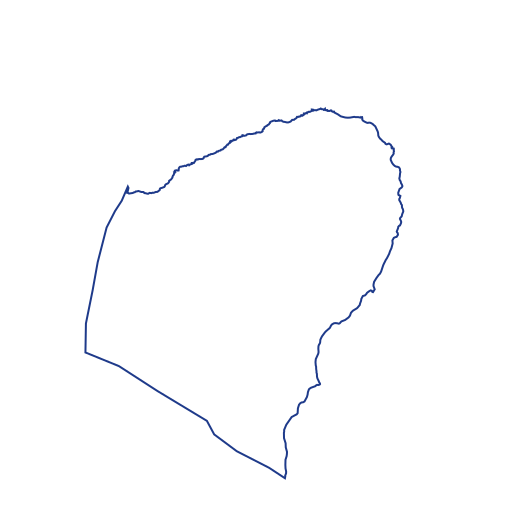 South East Ambrym, Malampa, Vanuatu (orthographic projection), rotated 303°
{"feature_id": "77236927B97442931027551", "entity_name": "South East Ambrym", "entity_type": "district", "adm_level": 2, "iso_a3": "VUT", "parent_name": "Vanuatu", "parent_adm1": "Malampa", "projection": "orthographic", "projection_center": [168.254, -16.302], "detail": "fine", "context": "isolated", "style": "outline", "palette": "blue", "viewbox_px": 512, "rotation_deg": 303, "n_neighbors": 0, "source": "geoboundaries", "source_scale": "gbopen_adm2", "svg_char_len": 6151}
<svg xmlns="http://www.w3.org/2000/svg" viewBox="0 0 512 512"><g transform="rotate(303 256 256)"><path d="M82.2,165.5L89.0,201.1L89.1,247.1L91.0,304.6L83.6,318.1L81.8,346.2L85.5,382.3L85.4,401.3L87.1,400.6L87.7,400.1L90.1,399.6L91.6,398.7L94.0,396.4L96.8,394.4L101.2,391.7L104.8,390.7L106.7,389.8L108.6,388.7L111.7,385.2L115.1,382.8L118.5,378.7L122.9,375.7L124.0,375.3L125.5,374.3L131.0,373.3L140.4,373.6L145.5,376.4L146.9,376.5L151.1,374.1L154.7,373.1L156.6,373.3L157.9,373.9L159.0,375.2L160.4,375.9L165.5,375.5L168.0,374.7L170.1,373.7L173.0,373.0L173.9,373.2L175.5,373.9L179.2,376.7L179.8,376.7L181.2,377.4L181.7,378.5L182.8,379.4L183.4,379.5L183.9,379.1L184.6,377.6L185.4,376.5L186.7,374.3L188.0,372.9L190.4,371.2L191.1,370.3L192.3,369.5L194.0,368.0L195.9,366.7L196.9,365.6L199.4,363.7L202.1,362.3L208.0,361.4L209.5,360.8L212.3,358.7L214.4,357.5L216.1,357.1L217.3,357.2L218.6,356.8L220.8,355.6L222.6,355.3L224.6,355.1L229.5,355.4L231.1,355.7L236.0,357.1L238.6,356.8L240.1,357.0L242.0,358.0L242.9,359.0L243.8,360.7L244.3,362.2L244.7,362.6L245.3,362.9L246.4,363.0L247.7,363.3L250.9,365.6L254.9,367.1L257.2,367.3L260.0,366.6L261.0,366.7L263.0,367.1L267.1,369.1L268.0,369.3L271.5,369.7L272.6,369.2L275.7,368.5L277.4,367.7L280.6,367.4L282.4,368.9L284.1,369.2L285.7,369.2L288.1,370.1L289.6,370.9L289.9,372.0L289.2,373.2L289.4,373.8L292.7,373.7L294.8,370.9L296.1,370.1L298.7,369.1L303.4,369.0L307.0,369.2L308.6,369.6L309.8,369.5L311.1,369.4L317.6,367.7L319.7,367.4L321.8,367.2L322.9,367.0L325.6,367.0L330.3,366.5L333.0,365.8L336.4,365.3L340.9,363.8L343.4,361.9L346.3,361.7L347.7,362.6L348.6,363.5L351.1,363.5L352.4,362.4L352.7,361.4L353.2,360.7L356.7,360.0L358.0,359.4L359.3,359.6L360.0,360.1L362.2,359.8L363.6,359.3L364.3,358.5L365.5,356.5L366.6,356.2L368.5,356.6L370.8,355.8L373.5,355.3L374.4,354.6L375.4,353.5L375.9,352.5L376.7,351.6L377.6,351.1L378.3,350.4L378.6,349.4L379.5,348.4L380.9,345.7L381.8,345.1L382.8,345.1L385.0,344.4L385.0,343.2L384.7,342.5L385.3,341.7L386.6,340.8L390.4,339.9L392.6,340.8L393.5,340.9L394.4,340.7L395.4,339.4L396.1,337.9L397.4,336.6L397.9,335.3L399.2,333.9L400.7,333.4L404.0,331.7L405.1,331.4L406.2,330.1L406.8,329.8L407.6,329.0L408.2,327.6L407.9,326.1L407.3,324.9L407.1,323.3L407.5,321.2L408.2,319.4L410.0,316.6L411.0,316.0L411.8,315.7L413.2,315.6L415.8,315.8L416.9,315.7L417.9,314.9L419.0,314.7L419.7,313.9L420.9,313.3L421.2,312.8L420.3,311.5L420.5,310.8L421.0,310.5L421.7,310.6L422.1,309.3L422.6,308.6L422.7,307.9L422.7,306.2L421.4,305.3L420.7,304.6L420.6,303.5L421.2,302.6L421.3,299.6L421.9,297.4L422.0,296.2L422.9,294.0L423.6,293.0L425.9,291.2L426.8,290.1L429.6,285.6L429.8,284.9L430.0,282.9L430.2,282.5L430.2,280.6L429.9,279.0L429.2,277.9L428.5,277.3L428.1,276.2L427.8,273.7L427.8,271.9L428.3,270.8L429.2,270.3L430.2,269.4L429.7,268.9L429.7,268.4L429.0,268.3L428.1,266.0L426.6,263.7L426.2,262.6L423.3,259.5L422.0,257.7L420.8,255.5L419.9,252.9L419.3,251.0L419.4,247.3L419.0,243.6L419.1,243.3L419.6,242.9L419.2,242.2L418.8,241.9L418.8,241.1L418.6,240.6L419.1,239.9L418.9,239.4L417.6,238.6L416.6,236.9L417.2,236.3L416.1,234.7L416.3,234.2L416.9,233.8L417.0,233.7L416.5,233.6L415.9,233.8L415.4,233.3L415.6,232.4L415.3,231.7L414.9,231.2L414.8,230.6L415.0,230.2L414.9,229.9L414.4,229.8L412.2,228.0L411.1,227.4L410.9,226.7L410.4,226.2L409.9,225.3L410.0,224.7L409.7,224.0L409.3,224.6L408.8,224.6L408.8,224.1L409.1,223.6L409.0,223.2L408.2,223.8L406.1,222.6L405.9,221.9L405.5,221.5L404.8,221.3L404.4,221.0L404.3,220.6L403.9,220.5L404.0,220.8L403.4,221.0L403.0,220.0L402.2,219.8L401.9,219.5L401.9,218.9L401.6,218.5L401.2,218.7L401.0,219.2L400.5,219.2L399.8,218.9L399.0,218.5L399.2,217.9L398.7,217.2L397.9,217.4L397.3,217.2L396.9,216.8L396.6,216.2L396.0,216.1L395.0,214.6L393.7,214.8L391.8,213.9L390.9,213.7L389.9,212.2L387.6,211.8L385.8,210.5L384.9,209.3L384.0,206.8L383.7,206.4L383.3,204.8L383.6,203.6L383.3,203.2L382.5,202.4L382.0,201.6L382.4,201.4L382.4,201.1L381.3,200.8L379.8,198.8L380.0,198.1L378.9,196.9L377.4,195.8L376.4,195.1L375.6,194.9L375.0,195.3L374.4,195.1L373.3,195.1L372.0,194.3L371.7,194.4L371.0,194.2L370.0,193.5L368.4,192.9L367.2,193.4L366.4,192.9L365.0,193.0L364.3,193.6L363.7,193.5L362.7,193.0L361.7,192.2L361.5,191.3L360.3,189.9L360.1,189.2L359.2,188.7L358.7,189.0L358.2,188.5L357.5,187.5L356.7,186.9L355.2,184.9L355.0,184.3L353.8,182.9L353.2,182.3L351.9,182.1L350.4,180.7L349.9,179.8L350.2,179.3L349.9,178.8L348.9,179.2L348.3,178.6L347.0,177.9L346.6,177.2L345.5,176.7L344.6,175.8L343.3,176.0L342.7,175.9L341.5,174.9L341.5,174.5L341.7,174.1L341.4,173.8L340.4,173.9L340.0,173.7L339.8,173.2L339.3,172.9L338.8,173.1L338.3,172.9L338.6,172.1L338.0,171.8L337.6,172.2L337.5,172.5L336.9,172.6L336.5,172.1L336.1,172.1L335.2,171.8L334.2,171.9L333.8,171.3L333.6,171.3L331.5,171.0L331.0,171.2L330.6,171.2L330.1,170.4L328.4,170.3L327.3,170.0L326.0,168.8L325.2,168.8L323.9,167.5L323.4,167.2L322.7,167.2L322.2,166.2L320.7,166.0L318.8,164.7L318.0,164.1L316.7,162.5L315.8,162.2L315.0,161.2L313.5,161.0L312.7,160.3L311.2,158.6L310.2,158.5L309.5,158.8L308.4,158.4L307.4,157.2L306.3,155.4L305.7,154.9L305.2,154.7L305.2,154.2L304.5,153.3L303.6,153.0L303.3,153.3L300.8,153.2L300.4,153.3L300.1,152.9L299.0,152.4L299.4,152.0L299.0,151.4L298.0,151.8L296.7,150.8L295.7,150.5L296.0,149.8L295.8,149.4L294.6,148.6L293.7,148.5L293.3,148.3L293.1,147.4L292.8,146.9L291.8,146.3L291.2,145.4L290.3,144.8L289.6,143.8L288.9,143.5L287.5,143.5L285.6,144.5L285.1,144.0L284.5,142.4L283.4,141.5L282.5,142.5L281.7,141.7L281.1,142.5L280.4,142.4L279.4,142.8L278.2,142.6L277.1,142.8L276.2,143.2L274.0,143.1L271.8,142.2L271.0,142.7L269.7,142.7L269.0,142.6L266.9,141.3L265.9,141.2L265.0,141.5L264.0,141.5L261.9,140.0L261.2,139.3L260.4,138.8L260.0,138.8L259.0,139.3L258.4,139.2L257.4,138.8L256.6,138.6L255.9,138.2L255.2,137.1L253.7,136.1L253.0,135.4L252.7,134.7L251.8,134.1L251.0,132.4L249.4,131.6L249.0,130.7L248.4,128.9L248.0,128.2L248.0,127.9L248.3,127.3L248.3,126.6L247.2,124.9L246.5,122.0L245.1,120.7L244.6,120.0L243.4,119.6L242.7,118.8L241.8,118.4L239.2,115.5L239.3,114.4L238.9,113.7L243.6,112.0L244.4,110.7L229.2,113.3L216.9,113.3L198.5,115.2L164.6,126.6L138.2,137.7L106.8,150.1L82.2,165.5Z" fill="none" stroke="#1e3a8a" stroke-width="2"/></g></svg>